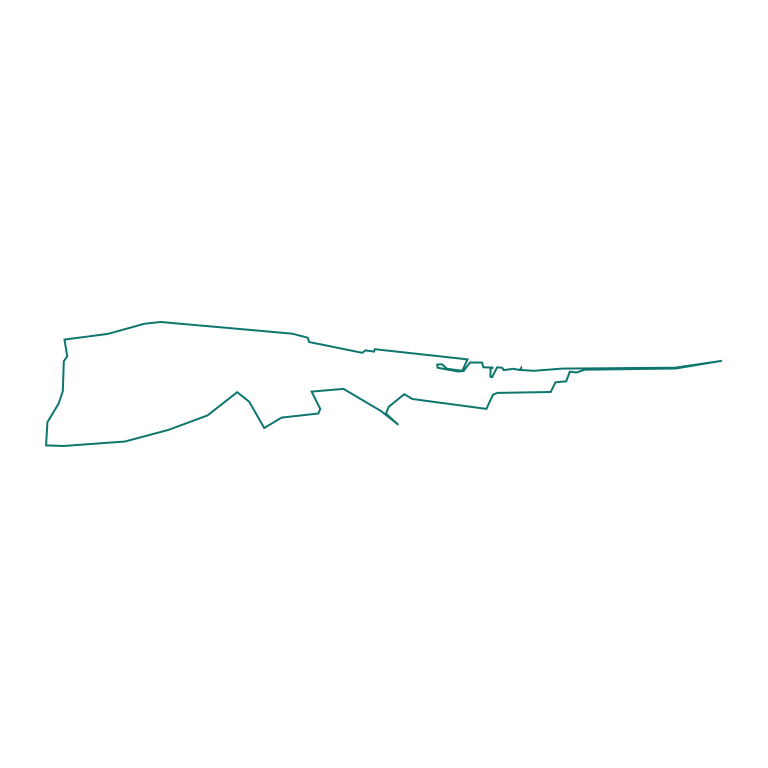 South East Inner City Lea-5, Dublin, Ireland (Equal Earth projection)
{"feature_id": "5873133B57887905689291", "entity_name": "South East Inner City Lea-5", "entity_type": "district", "adm_level": 2, "iso_a3": "IRL", "parent_name": "Ireland", "parent_adm1": "Dublin", "projection": "equal_earth", "projection_center": [-6.215, 53.339], "detail": "fine", "context": "isolated", "style": "outline", "palette": "teal", "viewbox_px": 768, "rotation_deg": 0, "n_neighbors": 0, "source": "geoboundaries", "source_scale": "gbopen_adm2", "svg_char_len": 995}
<svg xmlns="http://www.w3.org/2000/svg" viewBox="0 0 768 768"><path d="M307.6,337.7L292.3,333.7L160.6,322.0L144.1,323.8L108.2,333.8L64.5,339.6L67.2,356.2L63.8,361.3L62.8,391.3L58.6,403.6L47.4,422.2L46.1,445.4L63.4,446.0L107.1,442.8L125.0,441.5L168.7,429.8L207.5,415.4L237.2,392.2L249.2,401.7L264.2,428.0L281.6,417.6L318.3,413.5L320.3,409.0L311.6,391.6L343.5,388.9L381.1,411.1L398.4,424.8L385.9,413.6L388.7,406.8L404.3,394.2L412.3,399.0L486.4,408.9L492.9,394.8L497.3,392.9L550.7,392.0L555.5,382.3L566.2,381.3L569.8,371.7L576.6,372.5L584.6,369.7L675.7,368.5L721.9,360.8L675.1,367.7L562.0,368.6L534.1,370.8L521.2,370.0L521.1,368.0L519.6,370.0L513.3,368.8L503.7,370.1L502.1,367.7L497.0,367.4L492.3,377.0L490.5,376.8L490.5,368.6L493.3,367.6L483.4,367.3L482.0,362.5L470.0,362.5L463.6,371.0L458.0,371.5L437.5,367.7L437.2,364.6L441.7,364.2L447.0,368.8L462.3,370.8L467.5,359.4L374.9,349.2L374.0,351.6L365.5,350.4L362.3,352.8L309.3,342.1L307.6,337.7Z" fill="none" stroke="#0f766e" stroke-width="2"/></svg>